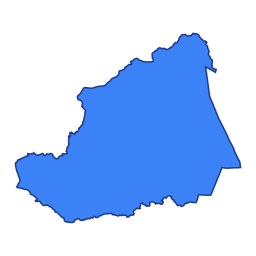 the district of Shinyalu, Western, Kenya
{"feature_id": "3690345B96442316049931", "entity_name": "Shinyalu", "entity_type": "district", "adm_level": 2, "iso_a3": "KEN", "parent_name": "Kenya", "parent_adm1": "Western", "projection": "orthographic", "projection_center": [34.839, 0.289], "detail": "fine", "context": "isolated", "style": "filled", "palette": "blue", "viewbox_px": 256, "rotation_deg": 0, "n_neighbors": 0, "source": "geoboundaries", "source_scale": "gbopen_adm2", "svg_char_len": 5748}
<svg xmlns="http://www.w3.org/2000/svg" viewBox="0 0 256 256"><path d="M230.0,141.7L226.7,134.4L218.5,118.0L211.4,100.5L210.7,99.0L210.2,98.1L209.5,95.2L205.6,66.8L215.4,72.3L216.2,69.4L215.3,69.4L212.1,67.6L212.0,66.7L212.3,65.4L211.8,64.9L211.5,64.2L211.9,63.4L212.3,62.8L212.4,60.1L210.8,58.9L210.4,58.3L210.5,57.6L210.2,57.0L209.1,56.0L208.4,54.0L208.5,52.9L209.0,52.1L209.0,51.2L208.6,49.9L207.6,48.0L207.5,46.2L205.8,44.8L205.6,44.0L205.9,43.3L206.6,43.1L206.8,42.5L206.3,41.8L205.5,41.2L204.5,40.9L203.9,41.3L203.2,40.8L202.7,39.9L202.0,39.3L201.2,38.9L200.7,38.0L199.9,37.4L199.1,35.7L198.4,34.7L197.4,34.3L196.7,33.7L194.6,33.7L193.6,33.4L192.8,33.5L192.8,34.1L191.4,34.9L191.0,35.6L187.9,36.0L185.1,34.6L183.7,34.6L182.6,34.8L181.5,35.0L180.4,36.8L179.5,37.2L178.7,40.1L178.2,40.6L177.5,42.3L176.6,42.9L175.7,42.5L174.9,42.9L174.3,43.5L174.0,44.2L173.4,44.7L172.8,46.1L172.2,46.5L171.7,47.2L171.0,47.4L170.3,47.4L170.1,48.3L169.4,48.4L168.0,49.3L165.8,49.5L165.4,48.9L164.7,48.5L163.7,48.4L163.1,48.8L162.5,48.3L161.6,48.6L160.9,48.4L160.1,47.8L158.9,48.0L157.3,49.3L157.2,50.0L156.4,50.4L155.3,50.7L155.0,51.4L152.5,53.0L152.1,53.8L152.1,54.7L152.3,55.8L152.2,56.7L152.5,57.3L152.3,58.1L152.8,58.6L153.3,60.2L153.2,61.5L151.6,61.9L150.0,61.8L147.3,62.1L144.7,61.7L142.8,61.6L141.2,60.6L139.0,60.0L137.8,58.8L136.9,58.4L136.0,58.4L134.7,59.0L132.4,60.8L131.6,61.0L130.7,61.5L130.5,62.4L131.8,63.5L131.7,64.4L130.0,64.6L129.0,64.5L128.2,65.0L127.0,66.2L125.4,67.0L124.9,67.5L124.4,69.1L124.0,69.5L123.1,69.6L121.8,70.4L120.8,70.6L119.9,70.6L119.1,71.4L118.7,74.5L118.1,75.1L116.0,77.0L115.0,77.4L114.0,77.6L111.9,78.7L111.1,79.5L110.3,80.8L107.2,83.0L106.7,83.8L105.9,84.6L104.4,85.7L103.4,86.0L98.8,86.3L97.5,86.6L96.4,86.8L93.3,87.9L92.4,88.1L90.7,88.2L84.9,87.6L83.8,88.0L83.1,88.8L80.2,93.8L78.6,95.1L77.4,96.5L77.6,98.3L78.0,99.4L78.6,99.9L79.6,100.0L80.7,100.4L81.5,101.2L82.5,103.1L81.8,106.5L82.5,107.4L83.4,108.1L85.1,109.9L85.4,110.9L84.9,112.6L85.0,115.1L84.1,117.8L83.9,118.9L83.9,119.6L83.4,121.3L82.8,121.9L82.9,123.5L82.5,124.3L80.7,126.4L80.4,127.1L78.7,128.3L78.9,129.0L78.8,129.9L77.7,131.6L77.1,132.2L76.2,131.6L75.7,132.5L75.1,132.9L75.0,133.7L74.6,134.2L73.8,133.6L72.7,133.5L71.8,132.4L71.5,133.4L70.0,132.7L69.7,133.4L70.3,135.5L70.2,136.2L70.0,136.9L69.4,136.6L68.9,136.0L68.6,136.7L68.7,137.6L68.6,140.0L68.7,142.2L68.6,144.0L68.9,144.8L68.0,146.1L67.7,147.3L66.9,147.7L67.2,149.5L66.5,150.2L66.1,151.2L66.7,151.7L66.9,152.4L67.1,153.2L66.7,153.8L65.7,153.7L64.7,154.1L63.7,153.7L62.8,153.7L62.2,154.0L62.0,155.0L62.4,155.6L61.6,155.5L61.0,155.9L59.7,156.0L57.3,158.9L56.5,158.6L55.7,158.6L54.8,157.9L54.3,157.1L53.4,156.6L52.9,155.6L52.7,154.6L51.7,153.8L50.7,153.4L48.5,154.4L47.8,154.0L46.9,153.8L46.3,154.4L46.2,155.0L44.6,155.4L44.0,155.0L43.6,154.2L42.9,153.6L42.1,153.4L39.8,154.8L39.1,154.7L38.4,155.1L37.7,155.2L36.1,155.1L35.8,154.4L35.0,153.9L33.9,152.8L33.6,153.6L33.0,153.8L32.1,153.3L31.3,153.8L30.2,154.2L27.9,153.5L27.6,154.2L28.1,154.9L28.2,155.7L25.7,156.4L24.9,157.0L23.2,157.6L21.8,158.4L20.3,158.7L20.3,159.4L19.5,159.8L18.8,159.7L18.0,159.9L17.4,160.6L17.2,162.0L16.3,162.1L15.7,163.1L15.4,164.3L16.3,169.1L17.1,171.9L18.3,174.7L18.3,175.7L18.8,176.7L19.4,178.0L19.7,179.8L19.8,181.6L19.5,182.3L18.4,183.4L17.6,185.4L16.7,186.9L17.4,187.6L19.0,188.0L19.9,187.9L20.7,188.1L24.4,189.3L27.0,189.7L28.3,190.4L29.7,191.6L30.4,194.1L31.3,194.6L32.9,195.1L37.0,198.5L37.3,199.3L36.7,199.9L35.9,200.1L35.4,200.7L35.7,201.4L38.8,201.3L40.0,201.5L40.8,202.9L42.3,204.4L42.6,205.0L43.5,205.5L45.8,205.3L47.4,205.2L48.2,205.5L50.3,207.0L51.2,207.2L52.9,209.0L53.7,209.5L54.9,210.7L54.9,211.7L55.4,212.2L56.4,212.2L57.1,212.5L58.7,214.0L59.1,214.5L60.3,215.5L61.2,216.8L61.9,217.4L63.4,217.7L64.0,218.5L64.3,220.3L64.6,221.0L65.5,221.7L67.3,222.1L69.9,222.3L70.5,222.6L71.8,222.3L72.6,222.5L73.3,222.0L74.3,221.7L74.6,220.9L74.7,220.1L75.6,219.8L77.8,218.6L79.3,219.2L79.8,219.8L80.4,220.2L82.1,220.5L83.7,219.9L84.7,220.0L85.2,219.1L86.3,219.2L87.1,219.0L87.7,218.6L89.2,218.8L90.3,218.4L91.0,217.6L91.7,217.7L92.4,218.1L93.0,217.8L93.9,216.4L95.0,216.6L95.5,217.3L96.2,217.6L98.1,217.2L98.7,216.8L99.1,216.1L99.9,215.6L101.1,215.8L101.7,215.2L104.9,213.7L106.0,214.0L106.8,213.6L107.7,213.8L111.1,213.3L111.9,213.7L112.2,214.4L113.1,214.9L113.9,214.4L115.5,215.3L116.5,215.4L118.0,216.0L118.9,215.7L119.7,215.1L120.7,215.5L121.4,215.5L122.1,214.9L123.3,215.5L124.8,215.1L126.2,215.6L126.8,216.2L126.8,217.0L127.6,217.1L129.2,216.6L129.4,215.6L130.3,215.5L131.1,215.1L132.9,215.1L133.8,214.7L134.2,213.7L133.7,212.9L133.4,211.2L133.9,210.7L135.4,209.6L136.4,208.6L137.1,208.2L138.4,208.7L139.3,208.8L140.3,208.3L139.9,207.6L139.7,206.8L140.4,206.2L140.7,203.7L141.5,202.9L142.4,203.0L142.7,203.8L143.3,204.5L145.3,204.7L145.4,205.5L146.2,205.6L146.7,206.3L149.5,206.0L149.9,205.4L149.9,203.6L149.6,202.9L150.3,202.3L151.2,201.8L151.9,202.0L152.7,201.8L153.7,202.1L154.5,202.6L155.7,204.0L156.2,203.1L157.9,203.6L159.5,203.3L160.9,204.2L161.7,204.3L162.5,203.7L163.2,202.4L163.1,201.7L162.6,201.3L161.7,201.1L161.5,200.4L162.6,200.1L163.2,199.3L163.1,198.3L163.8,197.7L164.7,197.6L166.1,198.2L166.8,197.4L167.3,196.3L168.6,195.8L171.6,196.6L171.1,197.7L171.7,198.7L172.6,199.4L173.5,199.6L173.4,200.5L173.9,201.2L174.7,201.6L175.1,202.5L176.2,203.5L176.7,204.2L177.0,205.0L177.8,205.6L178.5,205.6L179.2,205.0L180.0,205.0L181.2,206.5L182.9,205.8L183.6,205.7L184.0,205.2L184.2,204.5L184.6,203.8L185.6,203.2L186.3,203.6L189.7,201.9L192.0,202.2L192.9,202.5L194.6,202.5L195.9,202.7L196.6,201.7L198.7,194.8L207.9,195.2L210.9,195.0L222.0,167.6L226.3,168.2L236.4,167.7L237.5,167.8L240.6,167.5L239.7,161.5L238.4,159.3L234.7,151.6L233.1,147.3L230.0,141.7Z" fill="#3b82f6" stroke="#1e3a8a" stroke-width="1.5"/></svg>